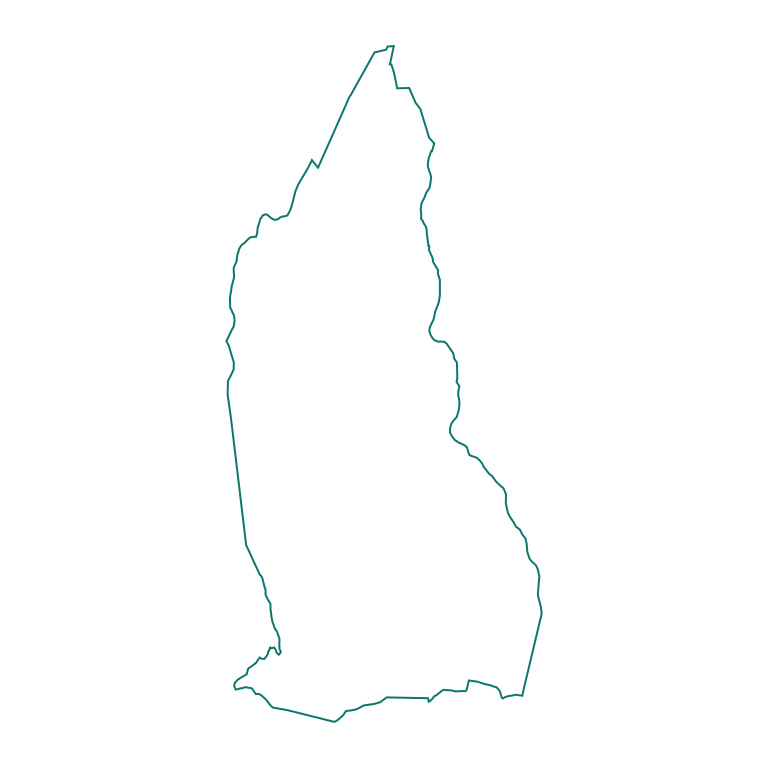 San Juan Mixtepec -Dto. 26 -, Oaxaca, Mexico
{"feature_id": "50627088B88987154065702", "entity_name": "San Juan Mixtepec -Dto. 26 -", "entity_type": "district", "adm_level": 2, "iso_a3": "MEX", "parent_name": "Mexico", "parent_adm1": "Oaxaca", "projection": "equal_earth", "projection_center": [-96.314, 16.258], "detail": "fine", "context": "isolated", "style": "outline", "palette": "teal", "viewbox_px": 768, "rotation_deg": 0, "n_neighbors": 0, "source": "geoboundaries", "source_scale": "gbopen_adm2", "svg_char_len": 4544}
<svg xmlns="http://www.w3.org/2000/svg" viewBox="0 0 768 768"><path d="M541.6,614.0L541.3,610.1L540.9,607.2L540.2,604.3L539.7,602.0L538.7,598.8L538.1,596.2L537.9,592.5L538.4,588.2L538.6,585.4L538.7,583.3L539.4,576.2L538.6,573.3L537.7,569.1L536.1,565.6L533.9,563.3L531.6,561.4L529.5,558.6L528.1,554.4L527.3,551.9L527.0,547.6L526.5,542.9L525.6,538.7L522.2,534.2L519.9,529.6L516.1,526.8L514.0,522.9L509.7,516.4L508.0,513.0L506.6,507.2L505.8,502.8L506.0,494.4L503.5,488.3L500.6,485.9L497.6,483.1L495.5,480.9L493.7,478.1L492.1,476.1L489.5,474.1L487.4,471.7L485.6,469.1L483.8,467.1L482.3,463.7L480.1,460.9L477.2,458.1L475.8,457.4L473.9,456.7L472.5,456.4L470.8,455.6L469.5,455.1L468.8,453.5L466.9,447.2L464.3,445.1L458.4,442.4L454.7,439.9L451.6,435.7L450.0,432.6L450.2,427.7L451.3,423.8L453.0,421.2L456.9,416.7L458.9,409.4L459.5,403.7L459.2,399.9L458.1,394.5L458.5,390.5L459.0,388.1L459.3,386.2L456.6,382.0L457.3,378.1L457.2,371.6L456.9,362.6L454.2,358.6L453.2,353.2L450.0,348.5L446.8,343.9L444.6,341.9L440.5,341.5L438.5,341.7L435.5,340.7L433.6,339.4L432.1,337.5L430.0,333.7L429.3,330.5L430.0,327.0L432.0,322.7L433.3,320.0L433.9,318.2L434.3,316.2L435.1,312.0L438.8,302.2L439.9,295.4L439.9,279.9L438.5,275.6L437.8,273.4L438.2,270.4L432.9,261.6L433.0,260.5L432.2,256.9L431.3,255.3L430.0,252.1L429.4,250.9L429.2,250.5L428.8,249.7L429.4,247.8L429.0,245.7L428.9,245.7L428.4,245.9L426.8,233.1L426.6,228.9L425.5,226.0L423.6,223.1L422.9,221.1L421.0,218.8L421.2,216.8L421.2,214.7L421.1,211.6L420.6,209.8L420.9,207.6L421.7,202.9L423.6,199.3L424.8,196.7L426.0,193.2L427.6,190.6L429.1,188.7L430.1,185.2L430.8,179.8L431.2,177.8L430.5,174.3L429.2,171.0L427.8,166.2L427.9,163.4L428.8,157.7L429.7,155.5L431.1,151.2L432.0,151.3L434.2,143.4L429.1,137.7L420.4,109.1L415.6,102.8L409.2,88.0L397.2,88.3L393.9,72.3L391.3,64.4L389.9,64.4L393.8,46.1L387.6,46.5L386.1,49.7L374.5,52.4L350.6,95.3L349.5,96.7L331.6,137.2L318.0,167.7L311.9,160.1L310.9,162.3L306.2,171.2L301.5,178.8L298.0,185.0L295.3,191.7L293.0,201.1L291.0,208.1L290.9,208.4L290.1,210.4L287.6,215.1L287.2,215.5L285.0,216.1L283.7,216.5L282.3,216.5L280.2,217.4L278.6,218.7L277.1,219.4L275.6,219.8L274.1,219.7L273.0,219.1L271.7,218.5L269.7,216.9L268.3,215.5L266.1,214.3L264.0,214.8L263.1,215.2L262.6,215.4L262.0,216.9L260.7,218.3L260.0,220.0L259.2,223.3L257.9,226.8L257.5,229.4L257.2,232.6L256.8,234.6L256.6,235.2L256.0,236.8L255.3,236.8L253.3,236.9L250.2,237.4L247.9,239.4L244.6,242.8L241.1,245.6L239.2,248.8L238.1,252.7L237.2,255.4L236.7,260.7L236.1,262.6L235.2,264.4L234.5,265.8L234.3,266.6L233.7,267.7L233.7,270.0L233.8,271.9L233.8,272.9L234.0,274.7L234.1,275.6L234.2,276.5L233.4,280.1L232.9,281.5L232.5,283.6L231.9,285.4L231.4,288.5L231.0,291.8L230.3,295.3L230.0,297.9L230.0,300.7L230.1,305.3L230.2,307.3L230.6,308.6L231.7,310.4L232.4,312.3L233.5,314.4L234.2,316.3L234.4,318.8L234.5,320.8L234.4,321.7L233.9,325.3L233.4,327.2L232.6,328.2L226.4,341.2L226.8,341.6L227.8,343.8L228.8,345.7L230.1,350.1L231.5,354.9L233.8,362.3L233.7,369.2L230.0,377.3L229.3,378.0L227.9,381.6L227.9,384.2L227.6,394.2L231.1,419.2L238.3,479.4L246.1,544.7L246.1,544.9L255.4,565.2L257.2,569.0L259.5,574.1L261.2,576.0L262.2,577.8L262.9,580.6L263.8,583.9L264.6,587.2L265.6,590.2L265.5,594.2L266.2,596.3L268.4,600.5L270.3,603.5L270.5,605.9L270.5,609.1L271.3,615.3L271.7,618.0L272.6,622.6L273.9,625.5L274.5,627.7L275.6,629.7L277.1,631.8L278.5,636.0L279.3,638.0L279.5,640.6L279.3,643.9L279.5,647.1L279.4,648.9L280.9,651.8L279.3,654.4L278.6,654.7L276.5,652.5L275.8,650.1L274.2,647.5L271.0,648.3L270.3,647.5L269.8,648.2L268.9,650.8L268.1,651.8L267.9,653.9L266.5,656.3L264.1,659.1L261.4,658.6L259.7,657.6L258.7,658.8L256.2,662.7L252.2,665.8L248.2,668.6L246.7,674.3L242.5,676.7L237.7,679.7L234.9,682.8L234.1,686.1L235.7,689.5L237.9,689.1L239.3,688.7L243.1,687.9L245.7,687.1L248.8,687.8L251.8,688.3L253.4,690.5L254.7,692.5L255.9,694.1L258.5,693.8L261.1,695.1L263.4,697.2L265.6,699.1L270.1,704.9L272.8,707.6L287.2,710.1L334.4,721.9L337.8,720.0L343.2,715.1L346.0,711.0L350.5,710.5L356.7,709.3L363.5,705.5L374.4,703.9L380.2,702.2L386.7,697.4L428.1,698.2L428.7,701.7L430.0,701.1L431.3,699.9L432.6,698.5L434.3,696.2L436.3,695.3L439.4,692.8L441.8,690.9L443.8,689.7L445.2,690.0L447.8,690.2L451.1,690.3L454.9,691.3L458.7,691.3L462.7,691.0L465.6,691.2L466.6,689.9L468.0,684.2L468.9,680.5L477.5,681.7L484.5,684.0L489.9,685.1L493.3,686.4L496.3,687.2L498.3,689.0L500.2,692.1L501.0,695.1L501.6,697.2L502.9,698.5L504.9,697.2L507.9,696.2L512.5,695.5L515.7,694.7L518.7,695.2L522.3,695.7L523.5,690.0L541.6,614.0Z" fill="none" stroke="#0f766e" stroke-width="2"/></svg>